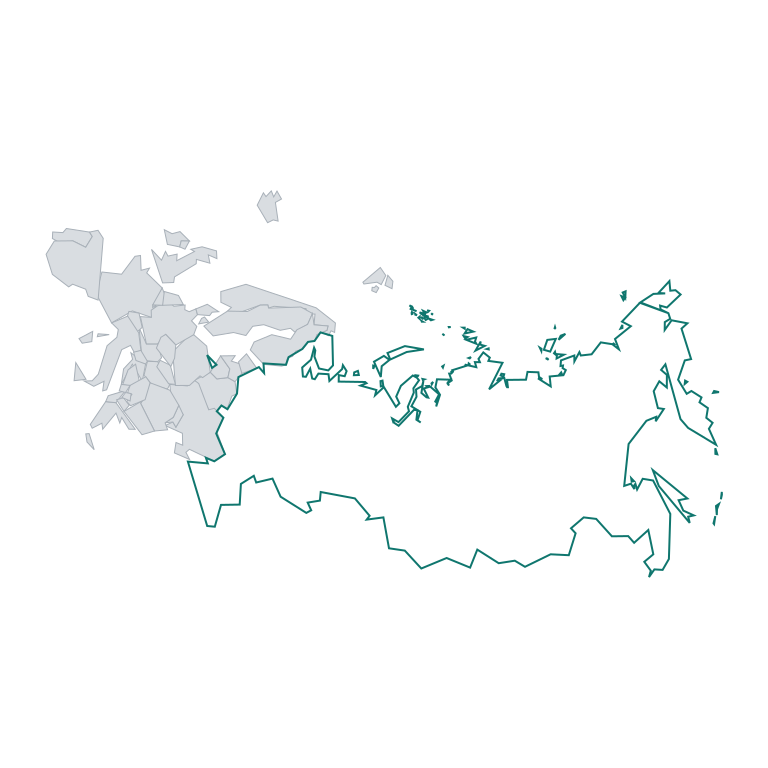 Russia highlighted on a map of Europe
{"feature_id": "RUS", "entity_name": "Russia", "entity_type": "country or territory", "adm_level": 0, "iso_a3": "RUS", "parent_name": "Europe", "parent_adm1": "", "projection": "albers", "projection_center": [98.07, 61.527], "detail": "fine", "context": "in_parent", "style": "outline", "palette": "teal", "viewbox_px": 768, "rotation_deg": 0, "n_neighbors": 38, "source": "natural_earth", "source_scale": "50m", "svg_char_len": 13617}
<svg xmlns="http://www.w3.org/2000/svg" viewBox="0 0 768 768"><path d="M380.3,267.5L385.8,275.5L381.2,284.6L377.0,282.2L363.9,284.0L362.9,282.2L380.3,267.5ZM328.5,335.7L321.8,332.2L327.0,330.3L328.0,326.0L314.0,324.8L315.0,314.1L306.8,313.8L306.0,308.6L274.0,306.3L268.6,308.1L267.8,305.0L260.2,305.1L238.2,313.0L227.5,311.1L231.4,307.4L220.9,302.3L220.8,291.6L246.0,284.3L316.1,307.8L335.4,323.0L334.6,332.4L331.1,330.8L328.5,335.7ZM392.0,288.7L385.0,285.3L387.8,275.3L392.9,281.3L392.0,288.7ZM376.2,292.6L371.8,290.7L372.2,287.3L374.4,287.5L376.1,285.7L378.8,288.0L376.2,292.6Z" fill="#d9dde1" stroke="#a8b0b8" stroke-width="1"/><path d="M162.2,288.0L151.4,317.4L132.3,310.9L111.6,322.9L96.2,293.7L101.9,272.0L121.6,274.2L135.0,256.3L140.5,255.5L141.1,270.3L149.5,268.1L146.7,272.9L162.2,288.0ZM98.1,333.8L109.2,334.6L97.3,336.7L98.1,333.8Z" fill="#d9dde1" stroke="#a8b0b8" stroke-width="1"/><path d="M227.5,311.1L247.3,311.5L260.2,305.1L267.8,305.0L268.6,308.1L300.8,307.0L312.5,313.5L307.6,324.4L294.7,332.0L290.5,328.3L280.2,330.3L263.8,324.7L252.7,326.3L245.9,335.5L233.4,332.5L213.2,335.9L203.9,326.1L227.5,311.1Z" fill="#d9dde1" stroke="#a8b0b8" stroke-width="1"/><path d="M235.0,381.6L236.8,393.6L231.8,396.2L227.0,409.4L221.8,405.5L216.8,411.3L208.7,409.8L194.4,380.3L210.3,372.2L216.9,378.9L227.9,377.6L235.0,381.6Z" fill="#d9dde1" stroke="#a8b0b8" stroke-width="1"/><path d="M185.9,452.3L189.6,459.5L174.4,452.9L176.0,442.5L182.7,445.2L182.4,433.3L165.1,425.5L172.9,422.0L175.9,427.2L183.2,414.7L171.4,399.3L169.8,384.4L187.4,385.9L194.4,380.3L198.7,383.5L208.7,409.8L214.3,408.3L223.3,417.8L216.8,431.7L225.1,454.0L214.2,461.1L189.4,449.3L185.9,452.3Z" fill="#d9dde1" stroke="#a8b0b8" stroke-width="1"/><path d="M210.3,372.2L202.6,377.6L200.0,375.9L189.5,385.4L175.4,385.5L172.7,351.9L188.0,336.3L193.7,334.7L206.7,346.1L210.3,372.2Z" fill="#d9dde1" stroke="#a8b0b8" stroke-width="1"/><path d="M157.8,361.7L145.9,360.8L141.7,354.6L139.0,327.6L146.4,343.9L157.6,343.9L161.6,357.7L157.8,361.7Z" fill="#d9dde1" stroke="#a8b0b8" stroke-width="1"/><path d="M169.8,384.4L167.5,389.0L153.1,386.1L144.0,375.2L147.4,361.3L157.8,361.7L169.8,384.4Z" fill="#d9dde1" stroke="#a8b0b8" stroke-width="1"/><path d="M178.8,405.3L183.2,414.7L175.9,427.2L172.9,422.0L165.1,422.8L173.3,417.3L178.8,405.3Z" fill="#d9dde1" stroke="#a8b0b8" stroke-width="1"/><path d="M165.1,422.8L167.6,429.8L154.5,431.0L140.6,403.3L150.1,382.8L169.9,390.2L178.8,405.3L173.3,417.3L165.1,422.8Z" fill="#d9dde1" stroke="#a8b0b8" stroke-width="1"/><path d="M227.9,377.6L216.9,378.9L210.3,372.2L220.6,355.9L229.8,368.9L227.9,377.6Z" fill="#d9dde1" stroke="#a8b0b8" stroke-width="1"/><path d="M241.9,373.4L235.0,381.6L227.9,377.6L229.8,368.9L220.6,355.9L235.2,355.7L231.3,361.1L241.3,364.3L241.9,373.4Z" fill="#d9dde1" stroke="#a8b0b8" stroke-width="1"/><path d="M256.7,368.1L241.9,373.4L238.5,361.9L246.5,353.8L256.7,368.1Z" fill="#d9dde1" stroke="#a8b0b8" stroke-width="1"/><path d="M193.7,334.7L175.8,345.0L165.7,334.4L157.6,343.9L146.4,343.9L140.4,316.6L151.4,317.4L151.2,310.2L157.5,305.8L170.3,303.0L173.9,306.3L185.1,305.0L184.8,309.7L189.2,311.7L195.9,308.9L197.5,314.6L191.5,320.8L196.8,326.4L193.7,334.7Z" fill="#d9dde1" stroke="#a8b0b8" stroke-width="1"/><path d="M142.7,400.5L140.6,403.3L154.5,431.0L142.0,434.7L124.0,411.4L142.7,400.5Z" fill="#d9dde1" stroke="#a8b0b8" stroke-width="1"/><path d="M94.2,449.7L87.0,442.0L85.8,433.9L89.1,433.6L94.2,449.7ZM116.0,402.7L135.2,429.3L128.9,429.2L121.7,417.5L119.8,423.0L116.0,413.1L102.7,429.2L101.9,423.2L92.2,428.2L90.3,424.4L105.7,401.6L116.0,402.7Z" fill="#d9dde1" stroke="#a8b0b8" stroke-width="1"/><path d="M116.0,402.7L105.7,401.6L108.2,395.7L125.5,390.5L116.0,402.7Z" fill="#d9dde1" stroke="#a8b0b8" stroke-width="1"/><path d="M145.6,364.0L142.3,381.3L132.3,364.2L121.3,384.4L123.6,368.9L132.6,359.3L130.9,352.8L145.6,364.0Z" fill="#d9dde1" stroke="#a8b0b8" stroke-width="1"/><path d="M142.2,327.4L135.6,333.2L126.6,318.7L128.9,311.4L139.0,313.1L142.2,327.4Z" fill="#d9dde1" stroke="#a8b0b8" stroke-width="1"/><path d="M156.9,304.6L152.7,307.5L152.7,304.9L156.9,304.6Z" fill="#d9dde1" stroke="#a8b0b8" stroke-width="1"/><path d="M162.6,305.3L152.7,304.9L162.2,288.0L166.6,298.9L162.6,305.3Z" fill="#d9dde1" stroke="#a8b0b8" stroke-width="1"/><path d="M183.3,304.5L162.6,305.3L164.3,291.5L178.5,295.5L183.3,304.5Z" fill="#d9dde1" stroke="#a8b0b8" stroke-width="1"/><path d="M89.5,232.1L92.3,236.5L85.7,247.3L72.7,240.8L61.4,243.7L52.4,238.5L52.7,232.0L62.9,232.6L66.4,228.5L89.5,232.1Z" fill="#d9dde1" stroke="#a8b0b8" stroke-width="1"/><path d="M54.3,241.0L72.7,240.8L85.7,247.3L92.3,236.5L89.5,232.1L98.0,230.3L103.2,238.3L98.1,300.1L88.2,296.4L85.7,289.2L72.6,284.2L68.7,286.9L52.4,274.4L46.1,254.3L54.3,241.0Z" fill="#d9dde1" stroke="#a8b0b8" stroke-width="1"/><path d="M179.7,246.9L167.4,244.4L164.3,229.7L172.1,233.7L180.0,231.6L189.4,241.0L181.2,240.9L179.7,246.9Z" fill="#d9dde1" stroke="#a8b0b8" stroke-width="1"/><path d="M138.7,332.8L140.9,350.4L134.6,353.1L130.5,345.4L121.7,349.6L106.6,389.8L102.7,390.9L104.0,381.3L93.8,386.3L84.1,381.0L92.2,380.8L98.3,374.2L107.1,345.7L116.9,337.3L118.3,329.5L111.6,322.9L127.7,316.1L138.7,332.8ZM75.8,362.6L86.0,379.3L74.1,380.7L75.8,362.6ZM92.7,331.4L91.8,341.6L82.2,343.2L79.0,338.6L92.7,331.4Z" fill="#d9dde1" stroke="#a8b0b8" stroke-width="1"/><path d="M197.5,314.6L195.9,308.9L207.3,304.3L218.7,311.7L212.1,312.2L209.6,315.6L197.5,314.6ZM208.7,322.1L198.7,323.9L201.6,318.4L204.5,317.0L208.7,322.1Z" fill="#d9dde1" stroke="#a8b0b8" stroke-width="1"/><path d="M179.7,246.9L181.2,240.9L189.4,241.0L185.0,249.2L179.7,246.9ZM176.7,260.7L194.5,251.5L190.8,249.3L202.1,246.8L216.5,250.9L216.9,258.6L208.3,254.9L209.9,263.2L196.4,259.4L196.2,263.7L174.5,276.9L173.7,282.5L162.6,282.9L151.5,249.4L161.5,260.2L165.5,251.4L168.0,256.1L177.1,254.1L176.7,260.7Z" fill="#d9dde1" stroke="#a8b0b8" stroke-width="1"/><path d="M278.1,221.1L273.2,219.9L267.6,222.7L257.2,205.2L263.4,192.8L266.0,196.6L271.3,190.9L273.7,196.9L277.0,191.1L281.5,199.0L275.4,202.4L278.1,221.1Z" fill="#d9dde1" stroke="#a8b0b8" stroke-width="1"/><path d="M140.9,350.4L147.4,361.3L145.6,364.0L136.0,360.5L133.6,352.2L140.9,350.4Z" fill="#d9dde1" stroke="#a8b0b8" stroke-width="1"/><path d="M327.0,330.3L316.9,334.6L314.7,340.9L308.4,341.7L302.6,349.2L295.9,351.0L292.5,356.4L287.5,358.0L285.6,365.0L281.6,366.1L263.7,364.4L250.3,349.9L254.1,342.0L271.8,334.7L290.6,339.2L297.0,329.7L307.6,324.4L312.5,313.5L314.0,324.8L328.0,326.0L327.0,330.3Z" fill="#d9dde1" stroke="#a8b0b8" stroke-width="1"/><path d="M175.4,384.4L168.7,383.8L156.8,366.8L160.1,360.3L170.3,365.2L175.4,384.4Z" fill="#d9dde1" stroke="#a8b0b8" stroke-width="1"/><path d="M175.8,345.0L174.6,358.2L170.8,366.5L156.4,348.1L160.9,337.3L165.7,334.4L175.8,345.0Z" fill="#d9dde1" stroke="#a8b0b8" stroke-width="1"/><path d="M122.7,384.5L128.1,369.8L135.6,364.2L139.6,382.3L130.9,386.5L122.7,384.5Z" fill="#d9dde1" stroke="#a8b0b8" stroke-width="1"/><path d="M129.2,405.3L124.0,411.4L116.6,399.8L123.5,397.7L129.2,405.3Z" fill="#d9dde1" stroke="#a8b0b8" stroke-width="1"/><path d="M145.8,376.7L150.1,382.8L145.1,399.7L130.5,405.7L126.7,401.4L131.9,394.3L127.5,392.8L130.1,385.4L145.8,376.7Z" fill="#d9dde1" stroke="#a8b0b8" stroke-width="1"/><path d="M125.6,392.5L119.2,390.9L121.3,384.4L130.1,385.4L125.6,392.5Z" fill="#d9dde1" stroke="#a8b0b8" stroke-width="1"/><path d="M121.8,397.4L125.6,392.5L131.1,393.6L130.1,401.0L121.8,397.4Z" fill="#d9dde1" stroke="#a8b0b8" stroke-width="1"/><path d="M654.4,569.4L649.0,577.1L650.8,570.7L644.3,561.8L653.3,554.3L648.3,530.0L634.1,542.8L628.2,536.1L611.9,536.3L596.2,518.9L583.7,517.4L571.0,528.3L575.6,533.3L568.8,555.2L550.6,554.3L525.0,566.8L514.8,560.7L498.7,563.2L477.3,549.6L470.1,567.6L446.6,558.0L421.3,568.5L404.8,550.6L389.0,548.3L383.4,517.4L366.7,519.6L369.6,515.8L354.9,498.4L320.7,492.0L319.9,500.6L307.7,502.6L311.2,510.3L306.3,512.9L280.6,496.7L272.5,478.6L256.2,482.5L253.8,475.8L240.9,483.9L239.7,504.6L221.0,504.9L214.8,526.7L207.2,526.0L187.9,461.6L207.8,463.4L205.9,457.8L214.3,461.3L225.0,454.2L216.2,433.5L223.4,417.7L216.8,411.3L221.4,405.5L227.5,409.2L237.0,393.6L238.4,377.1L258.9,367.1L264.1,373.1L263.5,363.4L286.0,364.8L288.6,357.1L302.3,349.0L308.0,341.9L314.5,341.0L320.5,332.4L332.3,335.9L333.0,365.4L328.3,370.4L319.0,368.5L314.4,356.5L315.3,350.4L314.1,347.7L311.0,359.7L302.2,367.5L302.9,376.5L305.9,376.8L310.2,368.7L312.2,378.5L314.8,379.2L318.4,373.6L328.5,374.2L329.4,381.0L342.1,369.1L342.9,365.2L346.6,371.1L344.7,376.2L338.8,375.1L338.7,381.6L365.1,382.0L366.5,383.2L360.5,385.6L376.4,390.0L375.1,395.3L383.9,387.1L395.9,406.8L399.4,403.3L396.2,396.6L400.9,385.8L412.8,375.5L416.9,377.7L419.0,380.3L413.4,388.3L413.8,392.6L407.8,406.8L409.0,411.3L398.5,422.1L392.1,418.4L393.4,422.3L398.6,425.8L413.9,409.9L417.5,410.2L416.4,419.7L420.7,422.5L417.5,420.2L420.3,411.8L411.4,406.3L416.5,396.8L416.0,389.5L422.1,386.0L423.4,381.0L421.4,392.9L426.5,397.3L428.2,397.6L423.7,388.5L430.2,386.6L439.1,394.3L434.9,402.2L437.4,400.5L436.2,406.5L440.0,394.8L435.4,387.4L437.0,379.3L450.4,379.7L447.6,382.7L447.5,383.5L449.0,385.5L447.8,383.1L451.7,380.5L449.2,373.6L451.4,373.5L453.0,371.5L452.3,370.2L466.3,365.8L464.8,364.6L476.3,367.2L474.9,362.1L479.9,362.2L478.5,358.9L483.3,352.4L489.8,357.6L488.4,360.9L502.5,362.8L489.1,389.3L500.2,380.3L497.6,380.2L498.6,378.4L504.3,378.0L506.4,386.0L507.1,387.2L507.9,387.2L507.0,379.9L526.0,379.7L527.5,371.9L538.4,372.3L539.0,376.9L542.3,379.1L538.0,378.4L550.7,386.4L549.7,376.5L563.4,375.2L565.8,370.1L562.6,368.1L563.0,365.5L560.5,366.0L561.0,360.4L574.3,355.5L574.4,361.4L579.4,352.1L580.8,355.5L591.6,354.3L600.8,342.4L612.3,344.2L618.9,349.3L615.0,339.0L630.8,326.2L622.0,321.6L639.9,302.8L668.4,313.2L670.2,318.8L664.8,322.1L664.7,330.0L671.6,320.3L687.4,323.3L681.5,328.6L691.1,359.1L684.8,360.4L678.1,379.7L686.7,393.8L691.4,391.0L701.5,397.4L699.5,402.3L707.9,408.1L706.3,417.8L712.6,422.8L708.9,428.8L716.1,444.8L688.1,427.9L680.5,419.1L665.4,364.3L661.1,369.9L666.9,374.9L666.8,387.5L659.3,381.3L653.7,391.2L657.9,408.1L663.8,409.0L655.7,421.3L656.2,416.8L646.4,420.8L628.6,444.0L624.2,485.9L630.9,483.7L634.4,489.1L634.0,485.7L635.4,483.8L637.1,489.5L642.7,478.8L653.1,480.5L670.3,513.9L668.9,559.0L662.6,569.9L654.4,569.4ZM640.4,302.4L653.4,293.9L665.2,293.4L658.4,293.0L669.4,281.1L670.3,290.7L675.5,290.2L680.6,294.5L666.9,307.5L660.1,305.6L660.6,309.4L668.4,313.2L640.4,302.4ZM423.9,349.4L406.7,352.0L390.3,359.5L387.5,353.0L404.9,346.1L423.9,349.4ZM652.8,470.1L687.4,498.5L678.6,500.2L683.3,510.6L693.8,515.4L688.2,516.7L689.7,522.9L658.8,486.0L652.8,470.1ZM383.9,355.9L389.5,359.9L381.7,366.2L380.8,377.0L374.0,361.7L383.9,355.9ZM543.9,349.8L547.3,339.9L555.8,338.9L550.2,351.6L543.9,349.8ZM466.3,339.8L476.2,337.5L475.0,341.5L476.4,343.8L466.3,339.8ZM467.5,329.1L473.3,331.6L464.6,333.5L467.5,329.1ZM480.7,341.5L480.2,344.6L484.8,345.9L475.5,350.6L480.7,341.5ZM558.6,339.8L560.7,335.7L565.4,333.9L558.6,339.8ZM207.1,355.1L216.5,364.8L212.0,367.9L207.1,355.1ZM413.1,309.8L416.6,311.2L409.7,308.6L413.1,309.8ZM557.0,354.1L563.9,354.7L556.6,358.5L557.0,354.1ZM625.3,297.5L622.7,292.5L625.6,291.3L625.3,297.5ZM358.8,375.0L353.9,375.2L354.2,372.4L357.9,370.9L358.8,375.0ZM419.6,312.4L422.9,313.3L423.4,315.4L419.6,312.4ZM428.5,318.3L425.7,320.0L424.3,317.8L425.7,316.6L428.5,318.3ZM430.9,320.3L428.8,318.6L432.5,319.8L430.9,320.3ZM383.3,385.9L380.8,386.4L380.5,381.1L382.5,380.6L383.3,385.9ZM467.5,337.0L465.1,338.3L463.7,336.1L467.5,337.0ZM423.1,310.8L426.7,312.5L424.4,313.3L423.1,310.8ZM625.3,297.5L623.4,300.2L621.4,296.1L625.3,297.5ZM412.0,306.5L413.3,308.8L409.5,305.4L412.0,306.5ZM417.9,376.0L414.3,375.1L418.1,375.6L417.9,376.0ZM504.2,374.2L503.5,376.7L500.6,375.4L501.4,373.7L504.2,374.2ZM622.4,324.9L622.4,328.0L620.5,328.6L622.4,324.9ZM422.3,318.6L421.3,316.7L423.4,319.1L422.3,318.6ZM425.0,313.8L424.9,316.1L423.7,313.7L425.0,313.8ZM719.0,503.9L717.0,509.2L716.8,515.1L716.0,506.0L719.0,503.9ZM419.7,316.6L419.7,318.9L418.4,317.7L419.7,316.6ZM430.1,385.9L427.0,386.6L426.5,386.1L430.1,385.9ZM687.3,381.8L684.7,384.0L685.1,380.6L687.3,381.8ZM555.0,351.8L555.6,354.6L554.0,353.3L555.0,351.8ZM631.2,478.2L634.0,481.2L631.7,481.6L631.2,478.2ZM715.3,448.2L717.3,454.3L715.4,453.9L715.3,448.2ZM417.0,315.3L415.3,314.7L415.2,313.9L417.0,315.3ZM433.1,381.9L431.8,384.3L431.5,383.4L433.1,381.9ZM541.5,348.8L541.3,350.9L539.8,347.7L541.5,348.8ZM713.5,523.3L715.3,516.1L714.1,524.1L713.5,523.3ZM464.7,327.7L464.7,328.7L463.1,327.7L464.7,327.7ZM374.5,365.8L373.2,368.9L373.2,365.5L374.5,365.8ZM428.6,316.6L427.3,316.8L426.7,316.0L428.6,316.6ZM450.7,327.0L448.9,327.3L448.8,327.0L450.7,327.0ZM714.1,391.0L719.0,392.1L713.1,392.9L714.1,391.0ZM614.5,344.4L613.8,344.8L613.0,342.9L614.5,344.4ZM721.9,494.7L720.9,499.3L721.8,491.9L721.9,494.7ZM428.8,311.1L427.1,310.3L429.1,310.8L428.8,311.1ZM413.1,313.7L411.8,314.1L411.7,313.5L413.1,313.7ZM433.0,314.5L431.9,314.2L431.3,313.3L433.0,314.5ZM422.8,321.7L421.8,321.7L421.6,321.0L422.8,321.7ZM468.7,363.4L470.3,364.7L468.6,364.0L468.7,363.4ZM442.4,333.8L444.0,335.0L444.2,335.5L442.4,333.8ZM471.0,357.1L469.7,358.4L468.7,358.0L471.0,357.1ZM424.4,379.4L422.9,380.1L422.5,379.0L424.4,379.4ZM394.6,420.3L393.3,421.5L393.1,419.4L394.6,420.3ZM547.5,358.6L548.5,359.8L545.7,358.2L547.5,358.6ZM443.5,365.7L442.9,367.6L442.2,366.5L443.5,365.7ZM561.2,372.4L561.7,373.6L560.0,373.8L561.2,372.4ZM450.5,372.0L452.0,371.5L452.2,371.9L450.5,372.0ZM488.6,348.4L488.7,349.4L486.9,349.0L488.6,348.4ZM412.8,312.7L411.9,313.0L412.0,312.1L412.8,312.7ZM555.3,328.0L554.4,329.0L555.0,327.0L555.3,328.0Z" fill="none" stroke="#0f766e" stroke-width="2"/></svg>